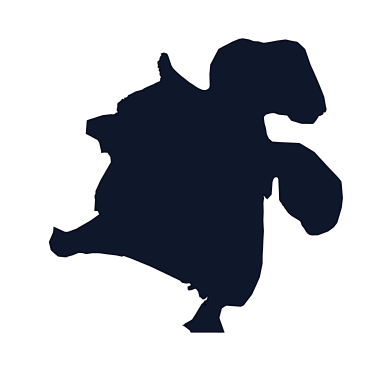 the district of Far' Al Odayn, Ibb, Yemen, rotated 171°
{"feature_id": "15242507B99801964698927", "entity_name": "Far' Al Odayn", "entity_type": "district", "adm_level": 2, "iso_a3": "YEM", "parent_name": "Yemen", "parent_adm1": "Ibb", "projection": "robinson", "projection_center": [43.774, 13.958], "detail": "fine", "context": "isolated", "style": "filled", "palette": "ink", "viewbox_px": 384, "rotation_deg": 171, "n_neighbors": 0, "source": "geoboundaries", "source_scale": "gbopen_adm2", "svg_char_len": 5680}
<svg xmlns="http://www.w3.org/2000/svg" viewBox="0 0 384 384"><g transform="rotate(171 192 192)"><path d="M182.7,48.9L185.4,63.5L181.3,72.9L176.1,75.2L172.3,74.3L165.9,72.8L161.8,71.8L159.1,72.5L158.4,73.1L157.2,74.3L149.1,82.0L148.5,83.0L146.4,86.2L143.6,90.4L139.2,97.3L139.0,97.5L134.2,110.4L134.1,111.1L133.2,116.4L132.9,118.2L132.7,119.2L131.4,125.1L129.8,133.2L128.5,139.1L128.1,141.0L127.8,142.5L126.7,152.9L125.0,161.6L123.9,170.1L122.8,174.0L122.4,174.9L122.6,175.8L122.7,176.7L122.8,177.2L122.5,177.8L122.2,177.8L121.4,177.8L120.5,177.0L120.0,175.7L118.7,174.0L114.4,177.4L111.6,189.6L109.9,192.8L107.9,194.3L107.2,194.2L106.4,194.2L104.5,193.4L104.0,191.2L105.5,177.7L106.4,170.8L105.9,169.0L105.0,167.8L104.0,164.9L103.1,163.9L102.6,162.3L99.7,156.6L96.8,153.2L94.2,151.0L90.5,148.0L89.1,146.5L88.5,144.6L88.3,142.5L87.6,140.9L86.5,139.2L85.1,135.6L83.8,133.3L82.1,131.8L80.3,131.1L74.3,130.3L64.6,132.3L64.0,132.4L57.9,135.5L53.9,139.3L53.0,141.2L49.7,148.1L47.2,153.4L45.5,159.4L44.8,162.0L44.6,162.8L43.9,172.1L43.6,176.3L43.6,179.2L44.7,180.9L45.6,182.5L46.8,184.4L53.7,194.3L58.6,201.7L65.3,211.8L76.5,221.3L76.8,221.5L78.5,222.9L85.8,224.4L98.0,226.9L105.3,228.6L108.5,232.7L109.8,237.5L109.7,239.7L109.8,244.0L109.9,245.4L110.1,246.4L110.3,248.7L110.2,252.8L110.0,254.7L109.4,255.8L107.5,257.3L106.6,257.7L103.4,258.0L101.5,258.2L98.6,257.9L95.1,256.2L94.4,255.6L85.5,253.3L82.3,247.5L75.2,244.0L75.0,243.9L72.8,242.9L70.5,242.5L69.9,242.4L62.1,241.1L61.2,241.5L60.2,242.4L58.3,244.2L56.7,246.1L55.2,247.9L54.4,248.0L53.5,247.8L52.8,248.4L51.6,248.4L50.7,249.0L50.5,250.0L50.1,251.0L49.4,250.7L48.1,250.6L47.5,251.3L46.9,252.8L46.8,253.4L47.0,254.3L47.1,257.0L47.2,265.0L48.5,271.0L50.1,278.0L51.2,282.4L52.6,287.8L52.9,288.9L53.1,289.9L53.3,290.4L53.6,291.7L54.1,293.4L55.6,298.9L55.8,299.9L56.1,301.5L58.5,315.1L59.9,317.0L61.4,318.9L64.7,323.1L66.5,323.8L71.3,325.5L75.9,327.3L83.5,327.5L83.8,327.5L91.5,327.3L92.1,327.3L94.7,327.3L97.8,327.3L101.4,328.8L102.9,329.6L107.7,330.6L112.1,333.1L117.0,334.8L118.0,335.1L119.3,335.1L121.5,335.1L128.4,333.5L131.6,332.4L133.4,331.8L137.7,330.4L139.6,329.7L143.0,328.5L148.5,321.2L148.9,320.6L153.4,314.6L154.9,308.4L155.6,305.9L157.0,295.1L157.5,292.9L158.6,291.3L159.8,290.6L161.3,290.1L162.6,289.8L164.1,290.0L166.5,290.8L167.7,291.6L169.3,292.6L171.9,294.7L175.0,297.7L178.4,300.6L178.8,301.3L179.4,301.8L182.1,304.8L183.6,306.4L185.9,308.9L189.5,313.4L192.1,317.1L193.5,321.2L193.5,322.3L193.7,323.1L194.8,329.7L195.5,332.1L198.2,333.4L199.8,333.2L200.0,333.1L200.4,333.0L200.2,332.6L200.0,332.2L200.0,331.8L200.4,331.4L200.9,330.9L202.0,329.8L202.4,328.9L202.6,328.2L203.0,327.1L203.6,326.5L204.1,326.2L204.6,326.1L205.0,325.8L205.2,325.2L205.2,324.3L205.1,322.9L205.1,322.2L205.3,321.8L205.6,321.1L205.7,320.6L205.3,320.2L204.7,319.7L204.2,319.2L204.3,318.6L204.8,318.1L205.2,317.5L205.2,317.0L204.9,316.7L204.4,316.6L204.2,316.3L204.5,314.9L204.8,313.7L205.0,313.2L204.3,311.4L204.1,310.8L203.9,310.3L203.9,309.9L203.9,309.6L204.0,309.1L204.2,308.9L204.4,308.9L204.5,308.9L204.6,309.1L204.8,309.1L204.9,308.9L205.1,308.0L205.2,307.2L205.3,306.8L205.5,306.5L205.9,306.2L206.1,305.8L209.9,304.9L213.3,303.7L216.5,303.0L217.5,302.7L218.7,302.4L222.8,301.2L223.4,300.9L225.1,300.1L231.7,299.4L235.3,298.2L237.3,297.5L239.5,297.0L239.9,296.4L240.2,295.8L240.9,295.4L241.3,295.3L241.7,294.9L241.9,294.7L242.3,294.6L242.6,294.6L242.9,294.7L243.1,295.0L243.5,295.0L243.6,294.7L243.7,294.2L243.8,293.8L244.0,293.5L244.3,293.3L244.7,293.2L245.2,293.3L245.5,293.6L245.6,293.9L245.8,294.2L246.0,294.2L246.4,294.0L247.0,293.3L247.3,293.0L247.8,292.7L248.6,292.2L249.2,291.8L249.7,291.6L250.3,291.3L250.7,291.1L250.9,290.7L251.2,290.6L251.4,290.4L251.3,289.8L251.4,289.4L251.6,288.8L251.6,288.3L251.6,288.0L252.4,286.1L252.9,284.5L252.5,283.6L252.2,283.1L252.2,282.4L252.2,282.0L252.6,281.7L253.5,281.4L254.3,281.4L254.8,281.4L254.9,280.9L254.9,280.5L255.3,279.9L255.8,280.0L256.3,280.3L256.7,280.5L257.0,280.3L257.3,280.1L257.4,279.9L257.9,280.2L258.8,280.5L259.5,280.7L259.7,280.8L268.4,281.1L270.6,280.7L270.9,280.7L273.1,280.4L275.9,279.9L282.1,279.0L282.5,278.9L283.1,278.8L284.1,278.6L287.0,266.4L285.2,265.1L278.5,260.0L276.5,258.6L275.2,255.2L275.2,254.8L274.9,250.9L274.8,248.9L274.6,246.7L274.8,245.5L273.4,245.4L272.5,245.4L270.4,245.0L268.9,244.8L266.4,239.6L266.6,235.6L266.7,233.9L270.9,228.7L280.1,217.4L282.5,213.7L286.4,207.9L286.5,207.5L286.8,205.8L287.0,204.8L288.0,203.7L288.4,201.4L288.2,199.7L289.1,195.5L289.3,194.5L289.5,193.8L290.4,189.7L290.6,189.2L287.8,188.7L287.2,188.1L287.0,186.9L286.2,184.1L296.5,179.0L300.1,177.6L308.8,174.3L311.7,173.1L320.5,171.4L323.8,171.7L333.7,178.3L334.5,174.6L335.3,172.9L339.8,165.8L340.4,164.9L339.9,157.0L336.5,152.7L333.9,149.8L327.9,148.2L325.8,147.9L325.7,148.3L320.4,148.8L317.4,149.5L313.6,150.4L312.7,150.2L309.5,149.5L306.2,148.0L302.7,147.9L299.5,147.9L298.7,147.7L297.5,147.5L295.0,147.1L292.5,146.6L290.5,146.0L283.2,143.8L280.5,143.1L275.8,141.7L271.3,139.9L269.4,140.3L262.9,136.8L244.9,125.9L235.1,119.2L216.8,106.6L216.2,105.2L215.2,104.4L211.5,103.1L208.5,103.1L207.3,101.7L206.9,100.4L207.2,99.2L208.4,99.2L210.5,98.6L210.7,96.5L210.1,95.9L207.3,96.0L204.8,96.6L203.1,96.6L201.8,94.8L200.8,92.7L200.4,87.8L200.1,87.9L198.8,86.0L197.8,84.9L196.7,84.9L194.9,85.8L194.5,86.7L193.7,86.9L193.1,87.0L192.7,87.0L192.4,86.5L192.4,85.6L193.1,84.0L194.4,82.1L196.1,82.1L197.2,80.9L197.2,79.8L196.4,79.2L196.0,78.8L196.5,78.1L198.3,80.1L199.7,79.2L206.6,70.9L211.3,65.6L213.7,64.5L219.2,62.6L220.4,61.5L220.7,61.5L218.8,59.8L216.8,57.6L215.3,56.2L214.7,54.0L193.1,50.6L187.3,49.6L182.7,48.9Z" fill="#0f172a" stroke="#020617" stroke-width="1.5"/></g></svg>